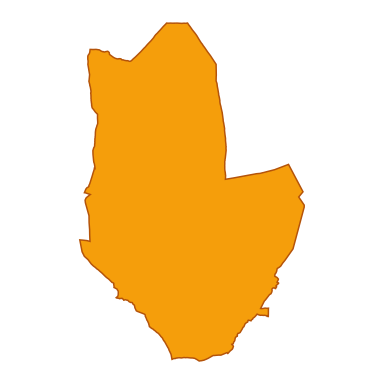 outline of Kiteto, Manyara, United Republic of Tanzania
{"feature_id": "72390352B80776151350042", "entity_name": "Kiteto", "entity_type": "district", "adm_level": 2, "iso_a3": "TZA", "parent_name": "United Republic of Tanzania", "parent_adm1": "Manyara", "projection": "robinson", "projection_center": [36.709, -5.194], "detail": "fine", "context": "isolated", "style": "filled", "palette": "amber", "viewbox_px": 384, "rotation_deg": 0, "n_neighbors": 0, "source": "geoboundaries", "source_scale": "gbopen_adm2", "svg_char_len": 5857}
<svg xmlns="http://www.w3.org/2000/svg" viewBox="0 0 384 384"><path d="M91.2,263.9L93.4,266.0L95.3,267.4L96.9,268.9L98.3,269.8L100.0,271.4L102.0,273.1L105.6,276.7L107.3,278.1L108.5,278.9L112.0,282.4L113.5,283.0L113.8,283.6L113.7,284.6L113.9,285.3L114.0,286.1L114.1,287.0L114.0,287.5L114.6,287.7L115.5,288.3L116.6,288.8L117.1,289.2L117.2,289.7L118.0,290.7L118.3,291.9L118.2,294.6L118.0,295.8L117.6,296.4L116.2,297.7L116.7,298.0L117.2,298.1L118.6,298.2L118.9,298.3L119.2,298.6L119.6,298.7L120.1,298.5L120.7,298.5L121.3,298.3L121.7,298.5L122.5,298.5L123.0,299.2L123.5,299.7L123.8,300.2L124.2,300.1L125.1,299.7L125.3,299.7L127.0,300.2L127.8,300.3L128.8,301.4L129.3,301.8L130.8,302.5L131.9,302.5L132.2,302.6L132.4,302.9L133.2,304.4L134.2,305.0L134.5,305.7L134.8,307.3L135.0,308.0L136.3,310.8L137.4,311.4L142.4,313.3L144.5,314.2L145.0,314.6L145.2,315.1L145.3,316.3L146.1,317.9L146.9,320.1L147.6,321.1L148.3,322.8L148.6,323.2L148.8,324.3L149.0,324.8L149.4,326.6L149.8,326.8L150.2,327.3L151.8,328.5L152.5,328.8L153.0,329.1L153.8,329.9L155.1,330.8L156.8,332.4L158.0,333.1L158.8,333.8L159.6,334.9L160.1,335.3L160.9,336.5L161.4,337.0L162.4,338.0L163.2,339.7L164.1,341.1L164.4,341.2L166.6,345.2L167.9,347.6L168.5,348.4L169.0,350.0L170.7,353.6L171.1,354.6L172.0,359.4L172.3,359.3L172.6,359.0L173.4,358.7L174.5,358.5L175.0,358.6L176.2,358.1L177.3,358.0L178.0,357.8L179.2,357.8L179.8,357.7L180.8,357.9L181.7,357.9L184.1,357.5L184.8,357.6L185.3,357.7L186.5,357.6L187.6,357.6L190.2,357.9L192.6,358.0L194.4,358.3L195.3,358.6L196.3,359.3L196.7,359.4L197.2,359.7L198.8,360.8L199.4,361.0L200.1,360.8L200.5,360.8L201.5,360.7L204.2,360.1L204.7,359.8L205.6,359.5L208.2,358.3L213.1,355.5L214.2,355.5L218.4,355.1L221.0,355.1L227.1,352.6L227.3,352.9L227.7,353.5L227.8,353.5L230.3,350.8L231.2,350.1L232.4,349.1L232.5,348.5L232.8,348.3L232.9,347.7L233.3,346.8L233.4,346.4L232.8,345.2L232.0,344.7L231.8,344.3L232.6,344.1L233.2,343.6L233.4,343.3L233.7,342.1L234.7,340.8L235.3,337.8L235.8,337.1L236.0,337.0L236.6,336.4L236.9,336.4L237.3,336.2L237.4,335.5L237.2,334.9L237.9,333.4L238.7,333.3L240.1,332.5L242.4,328.7L242.7,327.9L243.2,327.2L243.9,326.7L244.9,324.2L245.3,323.6L246.8,322.4L247.6,322.1L247.8,321.7L247.9,320.8L248.1,320.3L248.3,320.2L250.3,320.6L251.0,320.8L251.3,320.2L252.0,319.5L252.6,319.2L252.7,318.7L253.3,318.0L254.4,317.2L255.6,316.0L257.1,314.1L258.2,314.7L258.8,314.7L259.1,315.0L260.5,315.3L261.9,315.2L263.2,315.4L264.6,315.3L266.4,315.7L267.3,315.6L267.7,315.7L267.4,316.4L268.3,316.5L268.4,312.5L268.4,309.5L268.5,308.2L267.0,308.3L265.0,308.1L263.0,308.5L261.4,308.6L260.6,308.5L262.0,305.7L264.3,301.1L265.6,299.7L269.2,295.0L269.7,294.5L271.0,293.7L271.8,292.0L272.0,291.2L272.1,290.3L271.9,289.5L272.1,288.8L272.7,288.2L274.0,287.8L275.1,288.3L275.3,288.6L275.6,288.6L276.0,287.5L276.4,287.2L276.6,286.8L276.5,286.5L276.1,286.3L276.0,286.0L276.1,285.7L276.6,285.1L277.6,284.4L278.6,283.2L278.5,282.9L277.1,282.5L277.1,282.1L278.3,279.6L278.4,279.1L277.4,277.9L276.9,277.4L276.4,277.1L275.1,276.5L274.8,276.3L274.8,276.0L274.9,274.6L275.1,274.0L275.9,273.0L276.2,272.3L276.6,271.4L277.0,269.3L277.2,268.7L277.4,268.4L279.5,267.1L280.8,266.0L282.6,263.2L284.9,260.4L293.0,248.9L304.2,207.1L304.2,205.1L298.7,197.0L303.0,191.8L288.5,164.4L274.6,169.7L260.1,173.4L256.6,173.7L233.9,177.9L225.4,179.3L225.5,178.2L225.6,175.0L225.3,174.1L225.4,173.4L224.8,170.0L224.8,169.3L224.7,167.6L224.8,167.1L224.7,166.0L224.8,162.8L224.7,162.1L224.8,161.1L225.0,160.6L225.0,159.7L225.3,158.0L226.1,150.7L226.1,149.7L226.0,148.2L226.1,146.3L225.9,145.6L225.9,144.4L225.5,140.7L225.5,138.3L225.0,134.8L224.5,130.3L224.6,128.6L223.6,122.7L223.2,121.0L223.1,119.3L222.2,112.6L221.1,107.8L220.9,106.6L220.2,104.0L219.8,101.6L219.9,101.0L219.8,100.2L219.4,97.8L218.9,95.6L218.6,95.0L218.7,94.2L218.0,90.0L217.3,86.3L217.0,83.6L216.1,80.9L216.2,76.5L216.3,75.3L216.1,64.3L210.4,55.6L207.6,51.9L204.6,47.5L203.0,45.4L202.4,44.3L201.3,43.0L199.5,40.2L196.7,35.5L195.1,33.3L192.2,29.7L190.3,26.9L188.7,24.8L187.6,23.1L187.4,23.0L186.0,23.3L183.8,23.2L181.9,23.4L177.1,23.1L172.7,23.2L170.5,23.1L168.7,23.2L166.5,23.1L165.9,23.9L163.3,26.5L159.6,30.7L158.5,31.8L157.6,32.9L155.7,34.7L154.4,36.4L153.7,37.6L150.9,40.9L150.0,41.8L147.4,44.5L145.1,47.2L144.0,48.2L140.9,51.6L135.4,57.0L133.3,58.8L131.4,60.7L130.2,61.3L129.1,61.3L128.6,61.0L127.8,60.7L126.3,60.7L124.3,60.3L123.0,59.8L122.0,59.9L121.0,58.9L120.1,58.7L118.8,58.7L118.3,58.9L117.3,58.9L115.3,58.3L113.7,57.5L111.6,56.0L109.5,54.4L109.3,52.8L109.1,52.4L107.8,51.3L107.5,51.3L105.9,51.6L105.4,51.7L104.5,52.0L104.2,52.0L103.2,51.6L102.8,51.7L102.6,51.6L101.4,51.2L99.4,49.9L96.1,49.4L95.2,49.4L94.1,49.5L92.0,49.5L91.1,49.4L90.1,49.4L89.9,51.4L89.6,52.9L88.9,54.3L88.2,55.2L87.9,56.0L87.8,56.6L87.8,59.3L88.0,60.2L88.1,61.8L87.9,64.4L89.6,74.6L89.1,80.2L88.9,81.1L89.9,85.3L89.8,85.6L90.2,86.6L90.4,87.6L90.9,90.6L91.0,92.1L90.7,93.0L90.9,94.3L91.0,96.7L91.0,98.8L91.2,99.8L91.1,100.8L91.3,101.3L91.3,101.8L91.5,103.5L91.7,104.0L91.6,104.6L91.6,105.3L91.8,105.7L91.9,106.9L92.4,108.2L92.8,108.7L93.2,109.1L93.5,109.4L94.0,110.2L95.5,112.2L96.5,113.2L97.1,113.9L97.3,113.9L97.5,114.2L97.6,114.8L97.5,115.8L97.5,118.4L97.7,121.6L97.7,123.6L97.4,124.5L96.8,126.0L96.7,126.6L95.8,129.2L95.6,130.5L95.4,132.2L95.3,136.0L95.1,137.0L95.2,137.5L94.9,138.8L94.9,140.8L94.8,141.4L94.9,143.2L94.6,144.0L94.7,144.9L94.5,146.5L93.7,147.9L92.9,150.6L93.0,154.5L93.6,160.8L93.9,162.5L94.3,163.5L94.8,166.3L95.0,168.5L94.4,168.2L94.1,169.8L93.0,173.2L92.2,176.0L89.7,183.9L88.9,185.5L88.9,186.1L88.8,186.5L88.3,187.0L87.1,187.6L86.1,188.7L85.3,190.4L85.1,191.1L84.7,192.0L84.4,192.7L85.6,192.9L90.3,194.5L87.0,197.1L86.0,198.1L85.1,200.2L85.4,202.8L89.0,215.7L89.1,222.6L89.6,229.6L89.7,235.1L90.0,241.4L87.0,240.6L82.4,240.1L79.8,239.9L82.1,251.8L84.4,256.4L88.0,259.6L91.2,263.9Z" fill="#f59e0b" stroke="#b45309" stroke-width="1.5"/></svg>